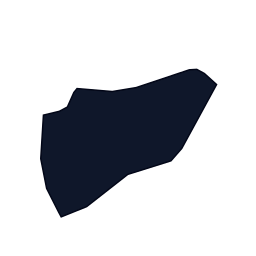 the border of Diego Martin, rotated 157°
{"feature_id": "TTO-51", "entity_name": "Diego Martin", "entity_type": "Region", "adm_level": 1, "iso_a3": "TTO", "parent_name": "Trinidad and Tobago", "parent_adm1": "", "projection": "natural_earth1", "projection_center": [-61.564, 10.711], "detail": "fine", "context": "isolated", "style": "filled", "palette": "ink", "viewbox_px": 256, "rotation_deg": 157, "n_neighbors": 0, "source": "natural_earth", "source_scale": "10m", "svg_char_len": 400}
<svg xmlns="http://www.w3.org/2000/svg" viewBox="0 0 256 256"><g transform="rotate(157 128 128)"><path d="M159.5,184.2L128.2,167.7L104.7,162.0L48.8,157.6L41.8,155.1L36.4,148.3L29.5,133.4L86.5,88.2L101.3,81.0L146.3,85.4L196.8,71.8L224.2,72.3L224.7,77.5L226.5,104.2L220.3,133.8L200.8,172.9L184.7,170.2L175.6,171.0L163.9,181.9L159.5,184.2Z" fill="#0f172a" stroke="#020617" stroke-width="1.5"/></g></svg>